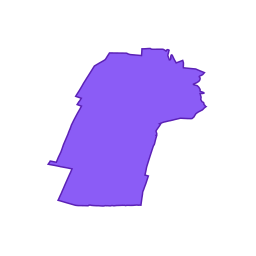 the district of Tan Hiep, Kiên Giang, Vietnam, rotated 249°
{"feature_id": "81297802B5868916674827", "entity_name": "Tan Hiep", "entity_type": "district", "adm_level": 2, "iso_a3": "VNM", "parent_name": "Vietnam", "parent_adm1": "Kiên Giang", "projection": "natural_earth1", "projection_center": [105.238, 10.087], "detail": "fine", "context": "isolated", "style": "filled", "palette": "violet", "viewbox_px": 256, "rotation_deg": 249, "n_neighbors": 0, "source": "geoboundaries", "source_scale": "gbopen_adm2", "svg_char_len": 4623}
<svg xmlns="http://www.w3.org/2000/svg" viewBox="0 0 256 256"><g transform="rotate(249 128 128)"><path d="M120.0,208.5L120.2,208.3L120.5,208.1L120.9,208.0L121.6,207.9L121.9,207.7L122.3,207.5L122.6,207.4L122.9,207.4L123.9,207.7L124.3,207.7L124.7,207.6L125.1,207.4L125.4,207.1L125.7,206.8L126.0,206.6L126.4,206.4L126.9,206.4L127.5,206.4L127.9,206.3L128.1,206.2L128.5,206.1L128.9,206.3L129.5,206.7L130.2,207.1L130.9,207.3L131.6,207.4L132.5,207.4L133.1,207.5L133.8,207.6L134.3,207.6L134.0,208.5L133.7,209.3L133.5,209.9L133.4,210.6L133.3,211.1L133.3,211.4L133.4,211.5L133.5,211.5L133.9,211.4L135.1,210.1L135.5,209.6L135.9,209.1L136.2,208.8L136.4,208.6L136.6,208.6L137.0,208.6L137.7,209.0L138.1,209.1L138.4,209.1L139.2,209.0L139.7,208.9L140.3,208.8L141.1,208.6L142.7,207.8L144.0,206.0L144.6,205.2L145.2,204.7L145.5,204.8L145.6,206.3L145.6,207.5L145.7,208.6L146.0,210.1L146.5,211.5L147.0,212.1L147.7,212.7L148.5,213.1L149.2,213.2L149.8,212.9L150.2,212.9L150.6,213.0L150.7,213.3L150.8,213.6L150.8,214.5L150.9,215.5L151.0,216.5L151.3,217.3L152.3,219.2L155.0,216.3L157.4,213.8L158.8,212.4L160.1,209.8L162.3,205.4L163.7,202.6L164.4,201.3L165.4,201.6L165.9,201.8L166.5,202.1L167.0,202.4L167.4,202.5L167.8,202.5L168.2,202.8L168.6,203.0L168.9,203.1L170.0,203.2L171.1,203.3L171.5,203.3L171.5,202.0L171.5,196.3L172.3,196.2L173.5,196.0L174.5,195.8L175.6,195.7L176.8,195.6L178.1,195.5L179.6,195.4L180.2,195.3L180.5,195.1L180.6,194.9L180.7,194.7L180.4,194.3L179.9,193.9L179.1,193.4L177.6,192.9L177.0,192.4L176.6,191.9L176.6,191.4L176.8,191.0L178.1,191.1L179.6,191.1L181.1,191.1L181.4,191.2L181.7,191.3L182.5,191.8L183.5,192.6L184.7,193.4L185.5,193.9L185.8,194.2L186.2,194.1L186.5,193.7L186.9,193.2L187.0,192.8L187.0,192.4L186.9,192.0L186.7,191.9L186.4,191.7L186.2,191.4L186.2,191.2L186.3,191.0L186.9,190.6L188.0,189.8L188.7,189.2L189.1,188.6L190.3,185.5L192.3,180.2L193.1,178.2L193.4,177.9L194.0,177.6L194.4,177.0L194.7,176.1L195.1,174.9L195.5,173.5L196.2,171.3L196.9,169.4L194.2,168.2L190.8,166.6L195.7,156.5L196.6,155.2L197.4,154.4L197.5,154.3L198.0,153.9L198.5,153.2L204.6,137.9L204.7,137.6L201.9,133.8L200.8,132.4L200.4,131.8L200.0,131.1L199.8,130.4L199.5,128.6L199.1,126.0L199.0,125.2L198.5,122.2L197.9,118.8L197.6,118.5L197.3,118.0L195.4,115.5L192.4,111.5L190.3,108.7L189.6,107.7L188.0,105.6L185.6,102.4L184.0,100.5L181.7,97.6L180.3,95.8L177.1,91.5L176.3,90.5L172.5,95.1L171.7,94.0L170.1,91.9L170.2,91.7L168.1,88.9L165.1,92.4L162.6,89.5L160.0,86.3L157.6,83.5L154.7,80.2L152.0,77.3L151.1,76.3L149.9,75.3L148.2,73.8L147.9,73.8L147.8,73.6L147.8,73.4L144.8,70.6L143.9,69.9L135.6,61.8L132.1,58.9L129.7,56.8L125.6,52.5L121.7,48.8L124.7,44.1L125.0,43.5L124.8,43.3L124.2,42.6L123.8,42.0L123.6,41.6L123.0,40.8L122.8,40.5L122.1,41.6L120.8,43.7L119.5,45.9L118.1,48.1L116.7,50.3L115.9,51.4L115.4,52.3L114.1,54.4L112.9,56.4L111.6,58.5L111.2,59.0L110.7,59.9L109.9,61.1L109.5,60.7L109.1,60.3L107.4,58.7L105.4,56.6L103.4,54.6L101.3,52.5L99.3,50.5L97.3,48.5L95.2,46.5L93.2,44.5L92.6,43.9L90.9,42.3L89.0,40.3L87.1,38.4L86.5,37.8L85.6,36.8L84.5,38.3L80.5,43.5L74.7,51.2L73.9,52.7L73.3,54.0L72.2,56.8L71.3,59.0L70.3,61.5L69.8,62.6L69.7,62.9L69.9,63.8L69.8,64.4L69.8,64.6L69.6,65.1L68.9,66.1L68.0,67.9L67.1,69.9L66.8,70.6L66.4,71.6L66.0,72.7L65.4,73.9L64.8,75.2L64.2,76.5L63.9,77.3L63.8,77.7L63.8,78.3L63.7,78.8L63.6,79.2L63.3,79.7L63.1,80.3L62.9,80.7L62.8,81.1L62.7,81.4L62.3,82.1L61.9,83.0L61.6,83.8L61.5,84.3L61.5,84.9L61.4,85.2L61.1,85.8L60.9,86.2L60.6,86.6L60.4,87.0L60.3,87.4L60.2,87.8L60.1,88.1L59.9,89.1L58.5,93.1L57.8,95.2L57.3,96.4L57.1,97.0L56.9,97.3L56.7,97.6L56.5,97.8L56.4,98.1L56.3,98.6L56.3,99.0L56.1,99.5L55.5,101.1L54.8,102.7L54.5,103.6L54.2,104.4L53.8,105.6L53.6,106.4L53.2,107.7L52.9,108.8L52.3,109.8L51.7,111.6L51.3,112.4L57.5,115.8L58.7,116.5L60.8,117.7L62.8,118.7L63.7,119.4L64.6,120.3L66.4,121.8L69.9,124.9L75.9,129.8L78.0,127.0L82.9,130.2L84.1,130.9L85.4,131.8L94.1,138.7L101.0,144.3L102.4,145.5L103.1,146.6L103.8,147.1L104.6,147.7L105.8,148.5L108.2,150.2L110.7,152.1L111.1,151.6L111.4,152.0L111.7,152.5L112.0,152.8L113.5,152.9L114.5,153.0L115.0,153.0L115.3,153.2L115.8,153.8L116.6,155.0L118.9,158.4L119.2,158.8L119.6,159.3L119.8,159.5L120.0,159.8L120.6,159.1L120.7,160.5L120.7,162.6L120.7,163.2L120.6,164.1L120.4,165.4L120.0,168.6L119.7,170.1L119.3,173.1L119.2,174.3L118.6,178.5L118.4,180.2L118.3,180.6L117.3,182.8L115.5,186.9L114.1,190.3L114.0,190.8L113.9,191.1L113.9,191.3L114.3,192.4L114.6,193.4L115.1,194.0L115.6,194.6L116.4,195.7L117.0,196.5L117.3,197.5L117.6,198.8L117.8,199.7L117.9,201.0L118.1,202.5L118.2,203.8L118.6,204.8L119.0,205.7L119.3,206.2L120.0,208.5Z" fill="#8b5cf6" stroke="#5b21b6" stroke-width="1.5"/></g></svg>